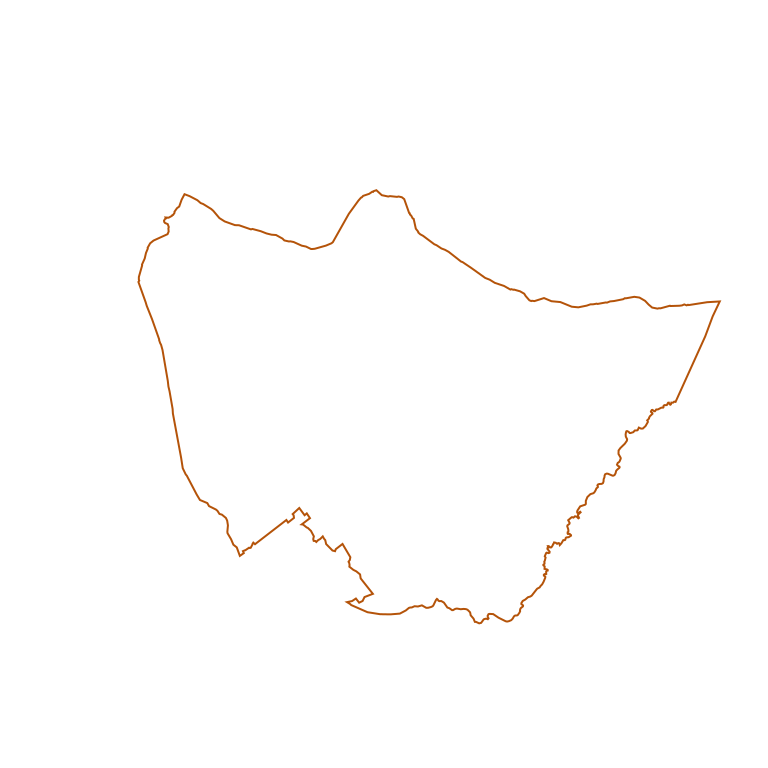 Santa Ana, Petén, Guatemala (Robinson projection), rotated 25°
{"feature_id": "79465075B84602984839461", "entity_name": "Santa Ana", "entity_type": "district", "adm_level": 2, "iso_a3": "GTM", "parent_name": "Guatemala", "parent_adm1": "Petén", "projection": "robinson", "projection_center": [-89.487, 16.831], "detail": "fine", "context": "isolated", "style": "outline", "palette": "amber", "viewbox_px": 768, "rotation_deg": 25, "n_neighbors": 0, "source": "geoboundaries", "source_scale": "gbopen_adm2", "svg_char_len": 6153}
<svg xmlns="http://www.w3.org/2000/svg" viewBox="0 0 768 768"><g transform="rotate(25 384 384)"><path d="M655.8,277.0L655.0,205.1L653.3,183.8L653.4,167.3L642.3,173.3L626.8,183.7L626.0,183.7L625.1,184.8L622.5,185.0L620.9,186.8L618.7,188.2L610.6,192.3L610.1,192.2L602.7,198.5L601.1,199.2L600.0,200.1L594.7,201.4L590.3,200.2L585.5,198.3L579.0,197.7L574.0,199.2L566.9,204.2L566.1,204.4L564.9,206.1L557.4,211.6L554.0,213.6L551.7,216.0L550.5,216.4L543.7,221.2L542.8,221.3L540.0,223.3L537.4,224.6L534.6,227.3L527.7,232.4L521.5,234.6L509.2,235.2L500.8,238.2L492.7,238.5L485.3,245.3L483.0,246.0L482.4,246.6L480.4,246.7L475.2,244.4L472.9,242.9L468.1,242.5L461.9,243.5L461.5,243.9L459.2,244.3L458.6,245.0L451.3,244.4L441.7,245.5L435.7,244.8L430.9,245.1L413.8,241.9L403.6,240.3L402.2,240.5L386.8,236.9L382.5,236.6L378.8,236.9L372.9,236.0L370.6,236.1L356.8,233.2L353.5,233.0L351.0,232.2L350.6,231.5L347.2,229.8L341.1,221.8L340.0,221.8L337.5,219.9L335.9,219.4L335.2,218.4L334.5,218.4L324.2,207.9L321.2,207.2L318.0,207.9L316.7,208.9L310.0,211.2L308.6,212.3L302.2,213.8L295.2,211.6L293.0,213.7L292.9,214.5L292.1,214.7L290.2,217.9L285.6,222.3L285.0,224.2L284.4,224.8L283.3,228.6L280.2,244.6L277.7,277.1L276.9,278.7L272.9,283.1L264.1,290.7L261.9,292.0L260.7,292.5L255.2,292.4L251.0,293.4L242.1,293.5L238.8,294.3L237.6,295.0L233.0,296.0L230.5,295.1L223.2,294.6L219.0,296.2L213.9,297.2L207.7,297.6L199.2,299.1L198.1,300.1L185.5,301.4L181.8,303.0L170.9,304.0L164.7,303.2L156.1,299.2L153.4,298.4L144.0,297.3L141.4,297.5L137.2,296.3L128.4,295.9L123.0,296.3L122.7,302.5L123.4,309.7L122.1,312.1L121.3,316.4L121.8,317.4L121.4,319.9L120.8,320.4L120.7,321.3L118.5,324.3L115.7,325.4L116.5,326.0L115.8,327.0L115.6,328.9L116.3,330.0L117.5,330.6L120.4,330.5L122.6,332.7L122.8,334.0L124.4,336.9L124.5,339.7L114.5,351.4L112.6,355.3L112.2,360.4L112.7,361.1L112.9,365.8L114.1,371.4L114.2,378.1L114.7,378.8L116.6,390.6L117.7,393.0L118.5,393.8L118.3,395.3L133.5,410.7L135.9,413.4L146.3,423.2L161.4,438.6L161.6,439.2L163.8,441.5L165.4,442.7L168.9,446.8L186.7,472.5L189.7,477.4L192.7,481.2L203.0,496.0L205.1,499.9L231.3,536.6L237.2,545.4L242.6,549.8L244.0,550.4L260.9,563.3L266.2,566.9L274.2,566.6L277.0,568.6L284.7,568.8L286.6,569.3L289.8,571.3L292.3,570.9L297.3,572.2L299.6,574.1L302.3,578.1L304.5,584.2L305.3,585.4L311.0,589.3L315.4,593.3L319.6,594.3L326.0,600.7L328.4,596.5L326.8,595.1L328.1,593.6L328.5,593.4L330.9,589.4L331.6,589.4L332.4,588.8L332.6,585.1L332.4,584.3L332.6,583.0L334.8,583.7L353.0,548.5L355.6,550.1L359.0,543.4L357.6,541.2L356.2,540.5L359.6,532.2L367.5,536.5L368.7,533.9L373.6,536.9L368.8,546.0L370.1,545.6L374.6,546.7L375.7,546.6L379.9,548.0L384.8,551.7L385.4,554.5L386.6,555.9L388.1,555.3L389.4,555.8L390.3,553.3L391.7,551.4L392.9,548.0L395.1,549.6L396.7,550.3L399.2,553.5L407.7,556.7L410.3,556.2L410.1,554.1L414.0,546.5L426.7,555.2L427.4,558.0L427.0,560.1L428.1,560.9L429.3,562.6L429.8,564.2L434.8,565.4L438.1,565.5L442.8,566.7L444.9,569.9L445.5,570.3L462.6,578.9L456.4,585.3L456.3,589.7L453.9,592.7L449.2,590.3L446.8,594.2L442.7,597.3L446.2,597.7L447.7,598.2L465.5,597.8L477.7,594.3L487.1,590.1L495.4,585.4L499.5,580.0L501.2,576.4L502.2,575.5L503.6,574.8L505.6,572.5L508.8,571.3L511.9,568.6L516.8,569.0L518.4,568.3L520.8,566.3L522.0,564.9L522.3,563.8L522.4,557.8L522.8,556.4L523.4,556.5L525.0,557.4L525.9,557.4L527.7,556.5L530.7,556.8L535.9,559.8L538.1,559.6L541.2,560.2L542.1,559.8L543.6,557.7L545.0,556.7L548.7,555.7L551.2,554.2L553.4,553.4L555.1,553.3L558.2,554.4L558.9,555.0L560.3,557.0L564.3,558.8L566.9,561.2L568.0,560.7L571.4,560.7L573.0,559.4L573.8,555.3L574.1,554.8L575.7,553.5L577.5,553.3L577.8,552.3L576.4,551.1L575.9,550.3L576.0,548.4L576.9,547.7L580.2,546.4L586.6,547.4L594.5,547.6L595.9,547.3L597.4,546.2L599.1,544.3L599.8,542.3L600.0,539.6L600.7,538.4L602.4,537.5L602.9,536.8L603.4,534.0L603.4,532.4L602.9,531.7L602.6,530.2L602.7,529.3L603.9,526.9L603.6,525.9L601.5,525.4L601.1,524.6L601.4,522.0L603.1,519.7L604.6,516.4L606.4,514.8L607.3,513.4L609.1,505.6L609.4,504.7L611.0,502.6L611.3,500.7L612.0,498.8L612.2,495.9L612.0,491.4L611.5,490.3L609.9,490.1L609.5,489.4L609.8,488.5L611.3,487.6L610.2,485.4L610.4,484.6L611.2,483.9L610.9,483.3L610.0,483.2L607.6,483.7L606.7,481.4L605.1,481.0L604.8,480.4L605.4,479.2L605.2,478.4L604.4,477.5L604.4,476.1L603.8,473.0L602.5,472.2L602.4,468.7L602.7,468.1L604.7,467.7L605.3,467.0L605.0,466.0L601.8,464.4L601.5,463.6L602.1,462.9L601.0,461.7L601.7,461.3L603.9,461.8L604.7,461.3L605.1,459.0L604.9,457.9L605.2,457.3L605.1,455.7L606.8,455.3L608.4,455.7L609.0,454.7L609.7,454.3L610.2,454.4L611.4,455.7L612.1,453.5L612.5,449.7L613.8,449.1L614.1,448.6L613.8,446.8L614.1,446.0L616.1,444.8L617.6,442.4L617.3,441.9L615.6,441.4L614.0,442.2L613.6,441.9L613.1,440.7L613.5,440.1L613.2,439.2L612.3,437.7L610.2,435.5L610.0,434.6L611.1,432.5L611.0,431.5L608.5,429.6L610.3,425.6L610.7,425.2L612.2,425.0L613.0,423.2L614.7,422.8L616.9,423.6L617.3,422.9L615.4,421.3L615.1,420.4L616.4,417.2L615.8,416.9L615.0,418.3L614.3,419.1L613.7,419.0L613.1,418.4L612.8,416.9L613.5,412.0L617.4,408.3L617.6,407.4L616.3,404.6L616.1,400.5L617.6,396.6L619.8,394.6L620.4,393.5L620.7,391.1L620.6,388.9L621.4,387.1L621.0,386.3L620.3,385.8L620.3,384.8L621.3,383.7L623.5,382.5L624.3,381.4L624.2,379.7L623.3,377.4L623.2,375.3L622.6,373.7L622.6,372.3L623.7,371.1L624.8,370.7L629.8,370.5L630.4,370.3L631.4,369.2L631.6,367.2L631.1,364.5L631.6,362.9L632.7,360.6L632.7,359.8L632.3,359.4L630.6,359.3L629.3,358.7L629.2,356.7L630.1,355.2L630.2,354.5L630.1,351.6L629.6,350.8L626.1,348.3L624.7,345.1L625.3,342.1L627.5,336.3L628.1,332.8L627.7,331.3L625.4,329.5L624.3,327.6L623.7,325.4L623.7,324.3L624.4,323.9L626.1,324.0L627.3,324.6L628.1,324.3L630.3,322.3L630.9,320.2L633.1,319.0L633.4,318.5L633.4,315.8L635.8,315.8L637.4,315.0L638.8,311.6L639.2,307.0L638.8,306.2L637.9,305.7L638.8,303.3L638.5,302.6L638.6,300.9L639.9,297.5L639.3,296.8L638.0,296.6L637.5,296.1L637.7,294.4L638.3,294.0L640.4,294.5L641.1,294.1L641.5,292.0L643.0,291.3L645.3,288.3L647.0,287.4L647.1,286.8L646.6,286.0L647.0,284.7L649.2,283.6L649.4,280.9L650.0,280.5L651.1,281.5L652.2,281.8L652.6,281.2L652.3,279.4L653.8,278.8L654.5,277.3L655.8,277.0Z" fill="none" stroke="#b45309" stroke-width="2"/></g></svg>